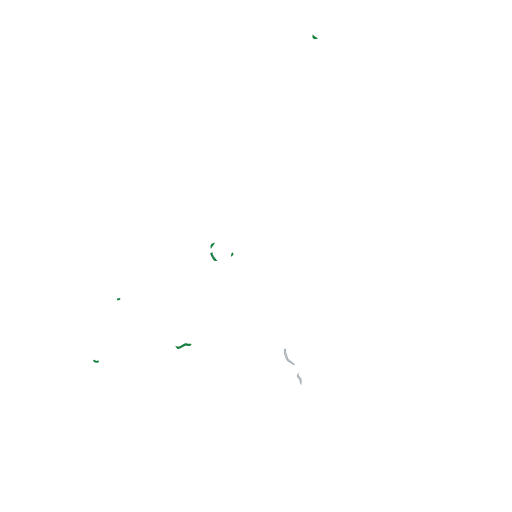 Railik Chain highlighted on a map of Marshall Islands, rotated 48°
{"feature_id": "MHL-4968", "entity_name": "Railik Chain", "entity_type": "state/province", "adm_level": 1, "iso_a3": "MHL", "parent_name": "Marshall Islands", "parent_adm1": "", "projection": "robinson", "projection_center": [168.279, 8.142], "detail": "fine", "context": "in_parent", "style": "filled", "palette": "green", "viewbox_px": 512, "rotation_deg": 48, "n_neighbors": 0, "source": "natural_earth", "source_scale": "10m", "svg_char_len": 1764}
<svg xmlns="http://www.w3.org/2000/svg" viewBox="0 0 512 512"><g transform="rotate(48 256 256)"><path d="M347.7,298.5L354.1,301.4L362.6,300.0L361.2,300.9L358.0,301.7L355.9,302.5L354.5,302.5L352.8,302.2L347.4,300.1L344.4,297.4L345.1,296.5L347.7,298.5ZM273.2,374.0L272.2,375.7L270.9,375.6L272.0,374.3L272.8,372.5L274.0,367.3L276.5,365.5L278.2,363.4L277.8,365.6L275.1,367.9L273.2,374.0ZM371.9,303.6L373.8,304.9L377.6,304.8L381.1,308.0L379.7,307.8L377.8,306.4L376.1,305.9L373.8,306.0L372.7,305.5L371.9,303.6ZM232.2,288.6L231.4,289.5L226.5,289.0L224.3,287.8L224.5,287.0L228.4,287.8L232.2,288.6ZM133.7,66.6L132.4,67.0L131.4,66.6L132.1,65.8L133.6,65.7L134.2,65.9L133.7,66.6Z" fill="#d9dde1" stroke="#a8b0b8" stroke-width="1"/><path d="M270.9,375.7L271.9,375.0L272.3,374.7L272.6,374.2L272.9,373.4L273.3,371.7L273.7,369.0L274.2,367.5L275.2,366.4L276.5,365.6L277.4,364.6L278.2,363.4L277.6,365.5L274.7,367.7L274.1,370.0L273.8,371.7L273.2,374.1L272.2,375.8L270.9,375.7ZM228.5,288.7L232.2,288.7L231.4,289.5L230.2,289.5L227.9,288.9L225.3,288.3L224.3,287.9L224.5,287.1L225.2,287.9L226.4,288.2L227.5,288.6L228.5,288.7ZM134.4,65.5L133.9,66.5L132.9,67.1L131.8,67.1L130.9,66.3L132.8,66.1L134.4,65.5ZM219.3,283.1L218.6,282.6L218.2,281.6L218.1,280.5L218.5,279.6L218.7,280.4L219.1,282.3L219.3,283.1ZM224.8,446.5L227.4,445.6L227.8,445.1L229.0,443.3L228.6,444.8L227.7,445.8L226.4,446.5L224.8,446.5ZM239.0,273.2L239.1,272.9L239.2,272.7L238.9,272.3L238.3,272.0L237.7,272.0L238.0,271.9L238.3,271.8L238.7,271.9L239.0,272.1L239.2,272.6L239.3,272.7L239.2,273.0L239.2,273.4L239.0,273.2ZM195.1,387.3L195.4,387.4L195.8,387.5L196.1,387.4L196.3,386.9L196.4,386.5L196.4,386.0L196.3,385.5L196.6,386.2L196.4,387.2L195.8,387.8L195.1,387.3Z" fill="#22c55e" stroke="#15803d" stroke-width="1.5"/></g></svg>